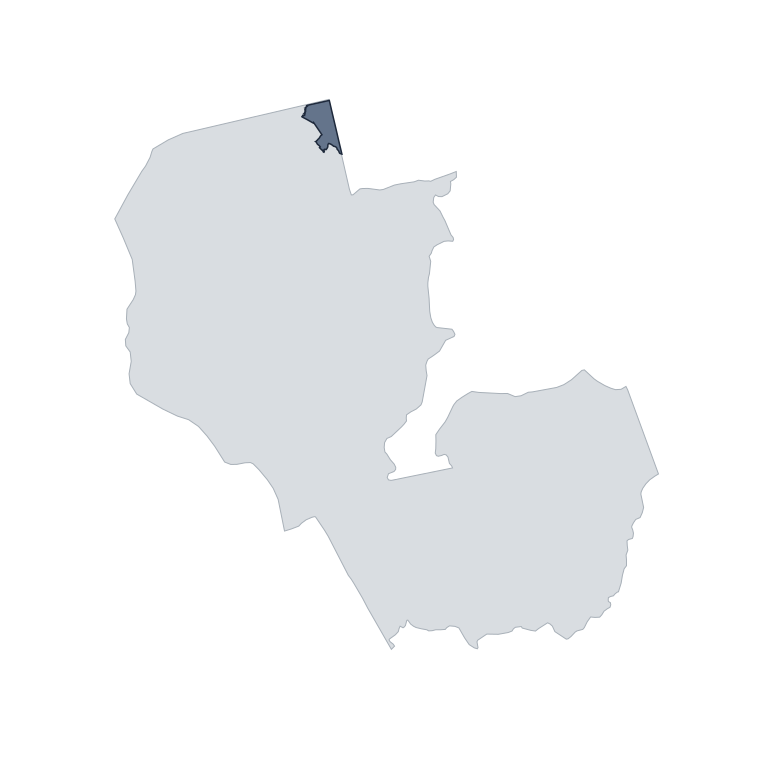 Chavuma, North-Western, Zambia (highlighted), rotated 77°
{"feature_id": "96606910B52944150437375", "entity_name": "Chavuma", "entity_type": "district", "adm_level": 2, "iso_a3": "ZMB", "parent_name": "Zambia", "parent_adm1": "North-Western", "projection": "orthographic", "projection_center": [22.463, -13.294], "detail": "fine", "context": "in_parent", "style": "filled", "palette": "slate", "viewbox_px": 768, "rotation_deg": 77, "n_neighbors": 0, "source": "geoboundaries", "source_scale": "gbopen_adm2", "svg_char_len": 6984}
<svg xmlns="http://www.w3.org/2000/svg" viewBox="0 0 768 768"><g transform="rotate(77 384 384)"><path d="M504.9,514.0L472.6,513.1L460.8,515.4L451.0,519.2L439.2,525.2L432.4,529.4L430.5,531.8L429.5,537.1L429.2,545.5L427.9,551.4L424.2,556.8L406.5,563.0L394.9,568.1L383.6,574.3L374.8,582.4L368.8,592.5L358.8,605.0L338.2,627.2L326.5,631.2L316.7,630.1L305.1,625.2L295.7,624.1L288.8,627.0L282.4,626.0L276.6,621.1L271.7,619.4L267.7,620.6L262.6,620.3L253.3,617.6L245.4,609.4L241.1,606.1L237.7,604.8L228.1,603.4L206.0,601.3L182.9,605.2L162.6,609.2L142.1,591.1L122.2,572.1L118.0,567.3L110.5,560.9L105.1,557.8L103.0,556.2L97.6,539.3L94.6,523.7L94.3,373.7L186.5,373.9L192.4,373.3L192.7,371.7L188.5,363.6L188.7,360.8L189.9,355.4L194.0,344.5L194.3,340.9L192.5,329.1L192.7,322.5L193.8,309.1L193.2,304.6L195.4,298.6L196.2,294.6L197.0,292.9L196.0,288.4L194.2,272.5L193.2,265.8L198.8,266.9L200.6,270.1L201.6,273.7L204.1,273.9L210.7,276.1L213.0,279.1L214.5,285.4L213.6,288.7L211.4,291.3L213.5,293.6L217.9,295.2L220.5,294.8L228.0,290.5L234.9,288.9L238.4,287.9L253.7,285.2L256.8,283.7L258.9,283.7L260.4,284.9L259.0,289.4L258.5,293.4L260.3,301.0L261.7,304.6L264.9,307.2L267.2,308.5L269.7,311.3L275.0,310.9L286.7,314.9L290.2,316.7L295.2,318.5L298.6,319.3L310.7,320.8L323.4,323.1L330.0,323.5L334.7,323.0L338.0,321.9L340.0,320.8L340.9,319.7L345.9,305.5L348.4,304.4L351.6,303.7L353.4,305.0L355.3,314.1L364.4,322.5L367.4,329.4L369.6,335.3L371.5,337.0L375.0,339.1L380.5,339.9L385.5,340.2L410.0,350.8L412.7,352.7L415.6,358.1L417.2,364.2L419.1,369.0L422.2,370.0L425.1,370.4L427.8,373.7L429.8,376.7L436.8,388.7L437.7,393.4L441.2,396.6L445.9,398.1L450.4,398.4L452.9,397.0L459.3,394.8L464.3,392.1L467.8,391.3L469.9,391.9L471.5,393.9L472.4,399.8L475.8,401.9L478.4,401.2L479.5,398.9L479.6,397.7L481.2,336.1L479.0,336.5L476.1,338.1L469.6,338.1L467.0,339.4L466.1,341.3L466.6,343.9L466.6,347.4L465.6,349.0L462.8,349.6L458.7,348.1L451.2,346.2L445.0,344.9L440.6,340.2L434.7,333.0L430.8,329.4L421.3,321.9L419.7,320.4L416.9,316.9L414.5,311.1L412.2,304.4L411.0,300.1L413.5,293.6L419.6,272.4L421.0,265.8L425.8,259.1L426.3,253.1L424.5,245.3L425.1,241.0L426.2,216.6L425.1,208.9L422.0,200.3L415.3,188.2L415.3,185.6L426.2,178.2L429.5,175.3L435.2,169.2L439.1,164.0L441.6,159.7L442.5,154.2L440.8,148.8L444.5,147.9L533.4,136.8L534.6,140.5L537.1,146.6L540.1,151.2L543.8,155.3L547.0,157.7L549.1,158.5L562.7,158.8L567.5,161.3L571.7,164.5L572.6,169.2L575.4,172.2L578.3,174.6L579.6,174.9L581.9,174.5L585.5,174.5L588.8,175.7L590.4,176.8L590.5,180.7L591.5,182.5L596.0,183.3L600.7,183.8L605.1,186.6L610.0,187.3L615.6,188.6L618.1,191.6L624.0,194.7L631.3,197.7L639.2,202.3L639.3,203.7L640.6,206.3L642.0,208.1L642.0,210.9L642.6,213.4L644.7,214.1L646.4,214.3L648.0,212.6L650.1,212.7L652.4,214.0L653.2,216.9L654.9,220.8L657.8,223.6L659.7,226.3L658.9,230.9L657.5,235.1L661.4,239.5L666.5,243.7L667.8,245.5L668.0,251.5L668.7,253.5L672.1,258.6L673.7,262.0L673.6,263.8L663.7,273.2L657.8,274.4L655.1,276.3L653.5,278.3L657.0,288.2L658.8,292.0L657.0,296.5L652.9,304.2L651.2,304.8L650.6,310.8L651.7,313.0L653.5,314.8L654.1,318.9L653.6,328.9L650.8,340.1L654.7,350.3L656.1,351.4L662.0,351.7L663.0,352.6L661.4,355.4L657.1,359.6L649.4,362.6L638.5,365.9L636.1,369.4L634.4,374.6L635.5,377.7L636.9,379.5L636.2,384.1L635.1,388.8L635.2,392.6L634.6,396.0L633.1,397.6L631.0,402.5L628.5,407.5L626.6,409.8L623.8,412.1L619.4,413.9L619.4,414.9L624.2,417.5L625.4,419.1L625.8,420.3L623.6,422.8L625.8,424.4L628.5,425.8L630.9,429.3L633.6,435.8L634.1,436.5L634.9,436.6L636.5,436.0L639.6,433.5L641.8,432.7L644.2,436.5L598.6,450.3L587.8,453.1L571.8,458.1L566.6,459.9L562.4,461.8L519.9,472.6L513.2,474.8L498.1,480.6L497.6,481.6L497.7,484.5L498.8,490.4L501.2,495.9L503.3,499.0L504.4,507.0L504.9,514.0Z" fill="#d9dde1" stroke="#a8b0b8" stroke-width="1"/><path d="M95.2,395.7L95.3,395.8L95.5,395.9L95.5,396.0L95.4,396.2L95.5,396.3L95.8,396.2L96.0,396.1L96.1,396.3L95.9,396.5L95.7,396.6L95.4,396.7L95.4,396.8L95.5,396.9L95.6,397.0L95.8,397.0L95.8,396.9L96.0,396.7L96.3,396.8L96.5,397.1L96.6,397.3L96.6,397.5L96.7,397.8L96.8,397.9L96.9,398.0L97.0,398.2L97.3,398.0L97.5,398.1L97.6,398.3L97.6,398.5L97.7,398.4L97.8,398.4L98.1,398.3L98.3,398.4L98.3,398.5L98.5,398.8L98.8,398.8L98.8,399.0L98.8,399.3L99.0,399.3L99.1,399.2L99.1,398.9L99.3,398.8L99.4,399.0L99.5,399.2L99.7,399.3L99.8,399.4L100.0,399.3L100.2,399.1L100.4,399.0L100.5,399.0L100.5,399.3L100.4,399.3L100.2,399.5L100.3,399.6L100.5,399.6L100.8,399.5L101.0,399.7L101.3,399.8L101.4,400.0L101.5,400.0L101.6,399.9L101.8,399.8L101.9,400.0L101.9,400.3L102.0,400.3L102.0,400.2L102.3,400.0L102.5,400.3L102.6,400.5L102.6,400.8L102.7,400.7L102.9,400.7L103.0,400.6L103.3,400.4L103.4,400.5L103.6,400.6L103.8,400.7L103.9,400.8L103.7,400.9L103.5,401.0L103.8,401.1L104.0,401.0L104.3,401.0L104.2,401.3L104.1,401.5L103.9,401.4L103.8,401.5L104.0,401.7L104.3,401.6L104.5,401.7L104.5,401.8L104.4,401.9L104.4,402.0L104.1,402.0L104.3,402.3L104.4,402.2L104.5,402.2L104.6,402.3L104.6,402.5L104.4,402.6L104.1,402.6L104.0,402.8L104.3,402.9L104.6,403.0L104.8,403.4L104.8,403.5L104.9,403.8L105.1,403.8L105.3,403.8L109.1,399.4L113.8,394.3L113.3,393.8L127.2,388.4L127.4,388.7L127.5,389.1L127.6,389.4L127.8,389.7L127.9,389.8L128.0,390.0L128.6,390.6L129.1,391.1L129.5,391.4L130.3,392.5L130.8,393.4L131.2,394.0L131.5,394.1L131.6,394.3L131.7,394.5L131.8,394.9L131.9,395.0L132.2,395.4L132.3,395.6L132.4,396.1L132.6,395.9L132.8,395.8L132.9,395.7L133.0,395.6L133.3,395.5L133.8,395.4L135.1,395.0L135.4,394.9L135.7,394.7L135.8,394.6L136.2,394.3L136.4,394.1L137.5,393.3L138.0,393.1L138.4,392.9L138.6,392.8L139.2,393.7L141.5,392.3L141.5,392.2L141.8,392.0L141.8,391.9L142.2,391.8L142.3,391.7L142.5,391.5L142.6,391.4L142.8,391.2L143.1,391.2L143.3,391.1L143.5,391.1L143.7,390.9L143.8,390.9L144.1,390.9L144.3,390.9L144.5,390.7L144.7,390.4L144.5,390.2L144.1,389.9L143.9,389.8L143.6,389.8L143.3,389.8L142.8,390.0L142.7,390.1L142.3,389.8L142.1,389.6L142.0,389.4L142.0,389.2L142.0,388.8L142.0,388.7L142.3,388.3L142.4,388.1L142.5,388.1L142.6,387.7L142.5,387.4L142.4,387.3L142.1,387.2L141.9,386.9L141.7,386.6L141.3,386.2L141.0,385.9L140.9,385.8L140.7,385.7L140.4,385.6L139.9,385.3L139.7,385.2L138.9,385.1L138.5,384.9L138.2,384.8L138.0,384.7L137.8,384.5L137.7,384.4L137.5,384.1L137.4,384.0L137.2,383.9L137.2,383.7L137.3,383.5L137.5,383.4L137.5,383.2L137.6,382.9L137.7,382.7L137.8,382.7L138.0,382.4L138.1,382.2L138.3,382.0L138.5,381.8L138.6,381.7L138.7,381.4L138.9,381.3L139.1,381.1L139.3,381.0L139.5,380.8L139.8,380.5L139.9,380.4L140.1,380.3L140.3,380.1L140.5,379.9L140.8,379.8L140.9,379.7L141.0,379.6L141.1,379.4L141.2,379.2L141.3,378.8L141.5,378.6L141.6,378.4L141.8,377.9L142.0,377.7L142.4,377.5L142.8,377.2L143.0,377.1L143.4,376.9L143.8,376.8L144.3,376.8L144.5,376.9L144.8,376.7L145.2,376.6L145.7,376.3L146.1,376.0L146.3,375.9L147.2,375.7L147.7,375.6L148.6,375.5L149.3,375.2L149.6,374.8L149.8,374.5L150.0,374.1L150.2,373.9L150.3,373.7L150.5,373.3L149.2,373.3L136.2,373.4L125.3,373.4L107.2,373.5L95.4,373.5L95.2,395.7Z" fill="#64748b" stroke="#1e293b" stroke-width="1.5"/></g></svg>